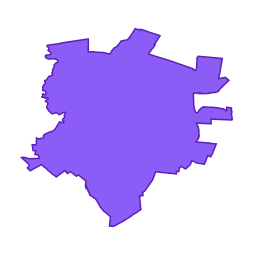 Rēzekne, Rezekne, Latvia, rotated 6°
{"feature_id": "27541924B24417466951729", "entity_name": "Rēzekne", "entity_type": "district", "adm_level": 2, "iso_a3": "LVA", "parent_name": "Latvia", "parent_adm1": "Rezekne", "projection": "equal_earth", "projection_center": [27.335, 56.508], "detail": "fine", "context": "isolated", "style": "filled", "palette": "violet", "viewbox_px": 256, "rotation_deg": 6, "n_neighbors": 0, "source": "geoboundaries", "source_scale": "gbopen_adm2", "svg_char_len": 5569}
<svg xmlns="http://www.w3.org/2000/svg" viewBox="0 0 256 256"><g transform="rotate(6 128 128)"><path d="M119.9,227.5L124.0,227.3L133.4,220.8L135.2,219.4L140.5,215.1L141.9,213.7L145.9,210.7L149.5,207.4L148.4,204.6L148.3,202.9L146.6,194.3L147.3,194.2L149.6,193.9L150.0,193.0L149.6,192.8L149.1,192.1L149.5,191.7L149.1,190.8L151.2,188.9L152.7,186.3L153.3,185.2L155.6,181.2L157.0,178.7L158.1,176.6L158.2,175.6L158.6,174.2L159.9,169.3L160.1,168.7L180.9,168.6L180.6,166.3L181.7,166.1L183.0,166.1L183.5,161.9L183.8,161.8L184.8,160.6L189.6,162.7L193.9,157.8L194.7,154.1L196.3,154.2L199.6,155.5L207.6,156.1L208.2,154.6L210.3,147.1L213.2,148.0L214.8,144.1L217.5,134.6L211.7,134.8L211.6,134.5L210.9,134.4L203.7,134.6L197.2,134.7L198.1,132.8L198.4,132.4L198.7,132.2L199.0,131.4L199.3,130.4L199.1,130.0L199.1,129.1L199.5,129.1L199.6,127.8L199.2,127.1L199.2,126.5L199.0,125.8L198.9,124.6L198.6,122.4L198.1,120.7L197.7,119.8L197.1,118.4L196.6,117.8L195.5,116.0L206.3,115.4L210.3,115.1L209.5,110.5L230.3,109.2L230.1,108.3L230.8,108.2L230.3,106.9L230.0,105.3L229.4,103.4L229.5,102.5L229.6,102.4L229.7,101.7L229.5,100.3L228.8,100.2L228.9,97.8L228.9,97.5L228.6,97.2L224.0,97.1L224.2,100.2L224.2,100.6L223.3,100.2L222.0,99.5L220.5,98.9L210.6,98.5L206.9,98.9L205.3,98.9L203.7,98.9L202.8,99.1L200.7,99.0L199.1,100.3L198.2,101.3L197.3,102.3L196.6,103.5L196.2,104.7L195.6,105.2L194.8,105.6L193.9,105.8L192.4,103.1L191.0,98.5L190.3,93.5L189.4,86.8L193.1,85.9L196.0,85.6L195.2,86.3L199.3,86.0L205.3,85.1L205.1,84.6L210.2,83.7L213.0,82.8L214.3,81.7L215.1,80.0L223.4,70.0L219.5,67.5L212.8,69.4L213.5,64.4L214.5,49.0L190.5,49.3L189.9,49.9L189.5,50.7L189.2,51.8L189.6,53.6L189.9,61.8L189.8,62.0L189.6,63.7L187.2,63.7L187.2,62.5L163.5,56.9L159.3,56.0L153.3,54.9L140.7,52.3L143.4,47.1L144.5,45.9L146.3,42.5L145.4,42.3L145.8,41.4L147.6,38.2L150.2,32.9L148.8,32.5L138.7,30.4L135.2,29.5L130.7,28.5L130.5,29.4L127.9,28.8L127.7,29.2L125.1,28.5L124.4,28.8L124.0,30.0L121.8,34.7L119.2,38.9L118.2,40.1L118.0,40.4L112.6,42.0L111.8,42.5L110.8,44.6L107.8,48.7L106.7,49.3L106.1,49.7L104.2,52.2L102.2,56.3L94.3,55.5L89.3,55.9L84.5,55.8L80.6,56.6L79.5,45.9L79.1,43.6L57.4,49.2L54.1,50.1L53.5,50.4L49.1,51.7L39.4,54.1L38.8,54.7L39.3,55.5L40.3,56.2L40.8,56.7L41.1,57.4L41.2,57.8L40.7,58.3L40.3,59.0L40.5,59.4L40.9,59.7L42.4,60.4L43.0,60.8L43.3,61.3L43.4,62.0L43.2,62.7L42.6,63.2L41.9,63.6L40.8,63.8L39.6,63.9L39.0,64.0L38.5,64.5L38.3,65.1L38.3,65.8L38.6,66.3L39.4,66.9L40.4,67.4L41.2,67.6L42.5,67.6L44.0,67.4L45.2,67.1L46.2,67.0L47.3,66.9L49.2,67.1L49.7,67.3L50.5,67.9L51.0,68.3L51.3,69.0L51.4,69.6L51.4,70.0L50.6,70.4L49.6,70.8L48.0,72.9L48.0,73.7L48.3,74.3L48.2,74.8L47.1,77.4L47.1,79.2L47.0,80.1L46.9,80.6L46.6,81.0L46.7,81.4L46.9,82.0L47.2,82.8L47.3,83.3L47.0,83.7L45.9,84.2L44.5,84.6L44.0,84.9L43.4,85.8L43.0,86.7L42.4,87.8L42.1,88.2L41.9,88.7L41.6,89.1L41.1,89.4L40.4,89.3L40.1,90.0L40.3,90.7L41.1,91.3L41.0,92.3L40.6,93.1L40.2,93.8L39.8,93.9L39.4,94.7L38.9,95.9L39.0,96.7L39.3,97.4L39.4,98.1L39.0,98.9L39.3,99.5L40.3,99.7L41.5,100.1L42.3,100.5L42.5,100.8L42.7,101.2L42.8,102.4L42.6,103.0L42.4,103.3L41.8,103.5L41.1,103.2L40.4,102.9L39.9,103.0L39.6,103.2L39.6,103.7L39.8,104.3L39.6,105.0L39.5,105.6L39.4,105.9L39.1,106.1L39.2,106.4L40.5,106.2L41.2,106.3L41.7,106.4L41.9,106.9L42.3,107.1L42.7,107.1L43.2,107.0L43.5,106.9L43.6,106.3L44.3,106.2L44.9,106.3L45.4,106.5L45.5,106.8L45.4,107.2L45.1,107.8L44.3,108.8L43.5,109.3L43.0,109.7L43.1,110.0L43.4,110.2L44.8,110.7L45.2,111.1L45.5,111.5L45.7,112.0L45.7,112.5L45.0,115.1L45.0,115.9L45.1,116.3L45.5,116.9L47.1,118.8L47.5,119.3L48.8,120.2L49.4,120.8L49.8,121.2L50.2,121.5L50.7,121.7L51.3,121.7L51.9,121.6L54.1,120.6L55.4,120.4L55.7,120.4L56.0,120.5L56.3,120.7L57.1,121.3L58.0,121.8L58.4,121.9L58.7,121.7L59.4,121.2L62.8,119.0L63.2,119.0L63.5,119.0L63.8,119.1L64.1,119.3L64.2,119.6L64.2,120.0L63.4,121.3L63.3,121.7L63.3,122.0L63.4,122.3L63.6,122.8L63.7,123.4L63.7,124.1L63.3,124.8L62.3,125.8L62.0,126.2L62.0,126.5L62.1,127.0L62.3,127.6L62.9,128.1L63.6,128.2L63.2,129.3L62.2,129.4L61.4,129.4L59.4,129.0L58.8,130.0L58.5,130.8L57.2,133.4L56.2,135.6L54.8,137.9L52.4,139.5L51.2,139.8L46.4,142.6L45.0,143.8L44.8,144.0L44.8,144.3L44.8,146.5L44.7,146.7L40.4,148.1L40.1,148.1L38.1,147.5L38.4,154.4L34.4,154.6L34.6,155.2L35.2,157.6L35.9,160.4L38.7,160.3L38.5,162.4L38.3,163.1L38.2,164.0L40.2,164.1L41.4,164.3L41.5,164.3L41.7,164.2L42.8,167.5L35.7,168.5L33.7,168.7L33.1,168.9L27.3,167.9L25.2,168.6L33.7,174.9L33.8,176.1L32.1,178.2L35.1,180.8L45.8,173.4L48.9,175.7L50.9,176.7L52.1,177.9L58.3,182.2L59.6,182.7L61.7,184.2L63.5,182.7L63.9,182.2L69.7,177.0L71.8,179.1L72.2,179.4L72.5,179.5L75.7,177.5L77.7,178.8L79.5,180.0L81.7,181.3L83.9,179.9L86.1,181.5L86.7,181.8L87.0,182.0L88.8,183.4L89.8,183.8L91.4,184.8L91.2,185.2L91.5,185.5L91.8,185.6L91.9,185.9L91.9,186.4L91.9,186.5L91.8,186.8L91.8,187.1L91.7,188.0L91.5,188.4L91.5,188.6L91.7,189.0L92.3,189.6L91.9,189.8L92.0,190.1L91.8,190.5L92.5,190.9L92.5,191.0L92.8,191.1L92.7,191.3L92.4,191.3L92.3,191.5L92.9,191.7L92.8,191.9L92.9,192.0L93.0,192.2L93.4,192.1L93.4,192.3L93.4,192.5L93.5,192.7L93.3,192.8L93.9,193.0L94.2,193.2L94.4,193.9L94.7,194.2L94.6,194.4L95.2,195.1L95.5,195.6L95.8,195.9L95.9,196.2L96.1,196.6L96.5,196.9L96.4,197.2L96.5,197.6L96.8,197.7L96.8,198.1L96.9,198.3L97.2,198.4L97.2,198.8L97.7,199.0L97.8,199.2L98.3,199.4L98.5,199.5L98.9,199.5L99.9,200.0L100.3,200.3L100.4,200.5L102.0,201.4L102.6,201.5L103.0,201.8L103.5,202.3L104.6,203.7L106.9,206.8L107.9,208.3L108.5,209.3L110.5,211.2L112.8,213.4L114.5,214.3L116.8,216.0L119.1,217.6L119.8,218.1L119.9,227.5Z" fill="#8b5cf6" stroke="#5b21b6" stroke-width="1.5"/></g></svg>